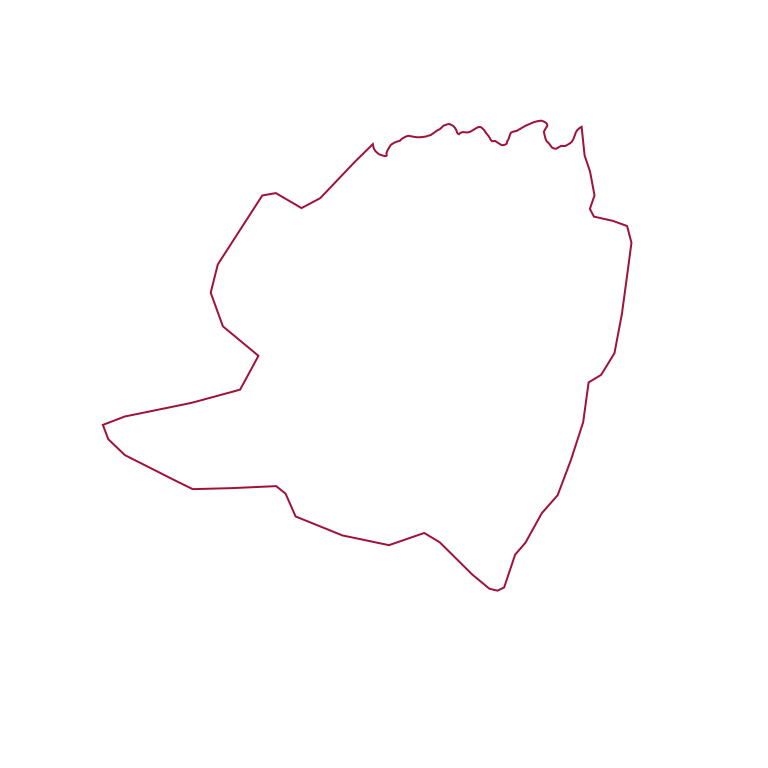 the district of San Antonio, Salto, Uruguay, rotated 162°
{"feature_id": "84410073B94997930577424", "entity_name": "San Antonio", "entity_type": "district", "adm_level": 2, "iso_a3": "URY", "parent_name": "Uruguay", "parent_adm1": "Salto", "projection": "orthographic", "projection_center": [-57.814, -31.368], "detail": "fine", "context": "isolated", "style": "outline", "palette": "rose", "viewbox_px": 768, "rotation_deg": 162, "n_neighbors": 0, "source": "geoboundaries", "source_scale": "gbopen_adm2", "svg_char_len": 2014}
<svg xmlns="http://www.w3.org/2000/svg" viewBox="0 0 768 768"><g transform="rotate(162 384 384)"><path d="M320.5,615.6L343.9,603.9L387.1,580.5L408.1,576.8L427.9,599.0L441.5,600.9L505.1,549.1L520.6,524.4L519.4,488.6L494.7,449.6L522.6,423.1L573.2,425.6L640.6,433.2L664.0,432.0L663.3,416.7L652.4,396.4L611.5,355.8L598.4,343.1L560.6,331.9L518.1,320.2L511.5,310.1L509.0,285.3L470.3,252.8L429.1,229.2L391.8,229.9L379.9,216.2L358.9,175.4L347.0,156.7L339.9,152.4L332.6,153.4L312.0,181.2L298.6,189.3L273.8,212.4L253.2,224.6L229.9,253.7L206.4,286.1L188.9,322.3L174.7,325.6L155.3,342.1L136.0,377.3L116.6,417.6L105.0,441.9L104.0,459.1L115.9,468.4L132.6,478.3L134.1,486.9L125.5,498.3L122.4,522.4L122.6,539.3L116.6,567.5L118.7,567.1L122.0,565.6L123.7,564.1L126.6,560.4L127.7,559.0L128.9,557.7L130.9,556.1L133.0,555.4L136.5,554.6L138.2,554.4L140.0,555.0L141.9,555.7L145.4,555.1L147.5,554.5L149.3,555.3L151.2,557.0L152.7,561.7L154.3,564.6L154.6,567.3L154.1,574.4L151.9,576.6L149.0,578.9L148.6,580.4L149.1,582.2L151.1,584.4L153.1,585.9L156.8,586.5L160.9,586.7L169.4,585.9L173.4,585.1L175.7,584.5L177.2,584.3L179.3,583.7L183.4,584.1L185.3,583.9L186.8,582.7L189.2,579.3L190.3,578.0L191.9,576.7L192.7,575.1L193.7,574.4L195.2,574.2L197.3,574.4L198.3,574.9L200.0,576.8L203.1,580.7L206.2,581.5L206.9,582.7L207.5,585.7L207.8,587.2L209.3,590.9L210.3,594.6L211.3,596.5L212.5,598.4L214.6,599.2L217.5,598.8L223.7,597.3L225.0,597.3L226.7,597.4L227.1,597.5L230.4,598.9L231.7,599.3L232.9,599.3L234.2,599.0L235.5,598.4L236.4,599.4L236.8,600.6L236.8,602.2L236.9,603.8L237.5,606.1L238.4,608.0L240.4,610.2L242.4,611.4L247.5,611.3L251.9,609.2L254.9,608.7L262.4,606.4L265.8,606.4L268.2,606.5L268.7,606.6L272.6,607.3L276.2,608.4L279.8,610.2L284.0,612.5L286.8,612.6L291.2,611.7L293.8,610.4L296.5,610.5L299.1,610.4L302.4,609.7L303.9,609.1L308.0,605.6L310.2,603.0L310.7,601.2L310.8,600.5L311.5,600.2L312.9,600.5L315.9,602.6L317.7,604.0L319.0,606.0L320.2,608.2L320.9,610.8L320.8,613.2L320.5,615.6Z" fill="none" stroke="#9f1239" stroke-width="2"/></g></svg>